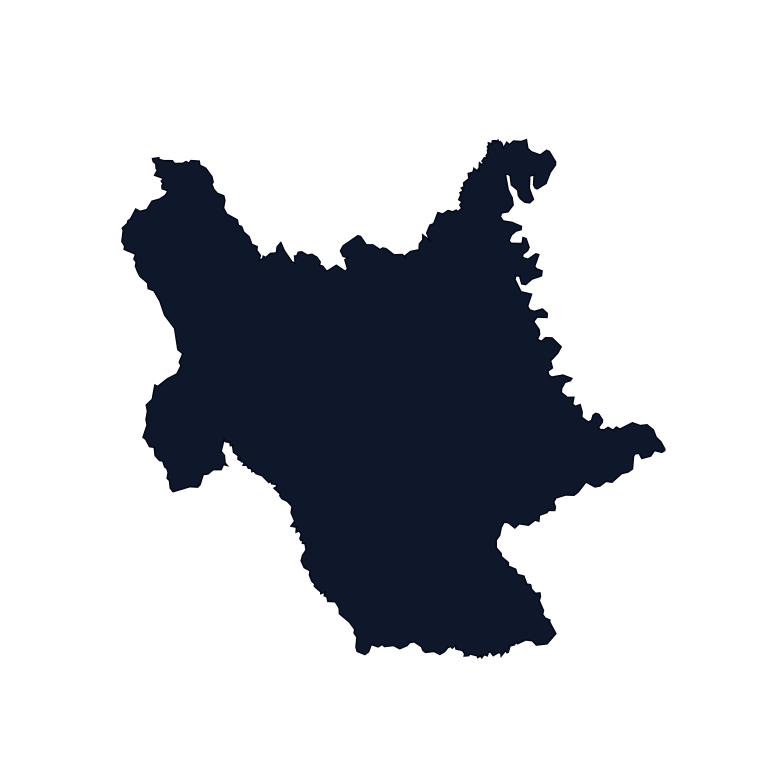 Mae Ramat, Tak, Thailand (Natural Earth projection), rotated 192°
{"feature_id": "78962969B69259908761909", "entity_name": "Mae Ramat", "entity_type": "district", "adm_level": 2, "iso_a3": "THA", "parent_name": "Thailand", "parent_adm1": "Tak", "projection": "natural_earth1", "projection_center": [98.605, 17.061], "detail": "fine", "context": "isolated", "style": "filled", "palette": "ink", "viewbox_px": 768, "rotation_deg": 192, "n_neighbors": 0, "source": "geoboundaries", "source_scale": "gbopen_adm2", "svg_char_len": 6168}
<svg xmlns="http://www.w3.org/2000/svg" viewBox="0 0 768 768"><g transform="rotate(192 384 384)"><path d="M605.6,280.3L600.3,274.0L595.6,274.3L593.0,266.4L587.7,262.5L584.3,262.6L581.4,257.4L578.8,256.2L576.7,252.4L576.5,246.6L573.8,245.0L571.4,237.7L567.9,234.8L552.6,243.2L544.8,244.4L543.0,247.3L542.0,257.9L537.5,259.4L533.3,264.7L525.5,266.4L524.3,271.9L520.4,271.7L523.0,273.7L525.3,281.0L529.3,284.3L528.9,296.6L527.1,294.6L522.6,294.8L521.4,291.7L519.4,292.5L517.0,285.9L511.6,283.5L511.3,280.2L509.5,279.5L509.0,281.1L507.5,278.4L504.2,278.5L504.9,275.2L501.2,276.0L499.3,273.5L496.1,273.6L494.9,270.8L493.3,271.8L490.4,269.7L484.2,269.0L476.2,263.7L474.5,265.4L473.2,263.0L468.6,263.4L467.5,261.4L469.9,259.2L462.4,254.7L462.7,253.1L460.0,250.6L454.2,249.1L448.4,245.0L448.1,238.8L442.9,231.3L445.4,225.6L439.9,225.7L439.2,220.8L436.3,222.6L433.7,219.8L434.1,215.3L432.8,213.7L431.1,214.5L430.7,211.3L428.0,211.4L425.7,205.4L428.0,199.6L428.3,193.8L423.9,187.8L417.5,185.9L417.2,181.6L413.5,176.0L410.2,174.1L410.1,171.6L402.6,167.5L402.2,165.8L398.4,168.2L398.5,164.5L395.5,163.8L393.7,159.7L386.4,160.9L381.3,155.5L379.8,150.0L368.5,144.0L361.6,137.9L361.5,134.2L357.8,130.7L356.7,120.7L354.6,116.9L346.4,115.4L343.4,118.8L342.3,126.6L335.1,125.6L331.6,129.0L329.0,127.3L320.2,130.2L313.6,128.3L307.0,133.0L305.0,136.5L300.9,138.1L292.6,134.8L290.5,131.5L287.6,130.1L279.5,132.8L273.2,131.1L269.0,134.8L266.9,139.3L264.1,141.2L262.4,139.8L259.7,143.0L258.5,139.7L252.0,139.7L249.0,136.9L249.0,134.6L244.5,136.0L244.5,137.8L236.3,137.5L235.4,135.9L233.0,138.1L231.5,136.5L229.8,140.1L226.5,139.6L226.2,142.8L224.5,144.4L220.7,141.0L216.0,145.3L213.7,144.8L212.8,142.2L209.8,148.4L207.7,146.7L206.7,147.5L206.3,154.0L202.3,155.9L201.2,158.7L199.3,157.7L192.2,163.1L185.6,163.7L180.7,160.3L170.4,163.8L164.0,175.6L172.4,185.5L172.7,187.6L177.8,188.6L181.0,191.7L180.9,195.6L187.1,204.3L186.8,208.7L188.1,212.1L192.2,210.7L196.9,213.8L198.9,218.1L202.8,218.0L207.2,225.2L214.0,225.4L216.7,230.2L224.5,231.7L225.2,235.2L233.1,239.4L234.3,242.7L240.1,247.1L241.8,254.6L239.4,260.2L239.5,268.1L237.9,273.7L233.6,274.2L226.1,270.4L222.7,275.4L213.3,275.9L208.0,282.2L204.0,282.0L204.7,287.9L198.0,292.0L196.7,294.6L190.7,295.8L190.7,299.1L193.5,303.8L192.1,308.3L183.3,313.2L175.0,314.7L171.6,318.7L166.1,330.1L156.2,327.2L151.6,329.1L146.6,335.0L140.6,335.3L132.9,345.8L127.1,348.5L123.3,352.6L124.9,365.0L124.0,367.9L120.0,369.2L116.4,364.8L108.2,368.9L105.6,375.2L98.1,374.9L95.6,377.3L95.8,378.8L101.3,385.1L106.7,388.5L111.0,395.1L118.2,398.8L124.7,396.6L132.9,397.7L143.9,388.9L147.8,390.2L150.3,386.4L155.8,388.2L158.8,385.2L162.7,384.3L165.2,386.1L162.5,391.9L162.8,394.2L167.5,399.0L170.9,399.3L173.0,396.9L173.4,391.4L176.4,389.3L183.6,392.5L184.4,398.0L187.9,404.6L192.1,401.9L195.3,403.4L195.5,410.5L201.8,409.0L208.8,412.5L209.3,416.8L207.3,423.2L202.4,426.0L201.4,428.5L210.8,429.9L221.5,425.6L224.6,427.0L226.4,430.6L222.6,434.8L225.9,441.4L220.5,450.2L218.4,457.2L229.1,464.0L235.6,462.9L239.0,458.4L243.3,459.7L242.1,464.7L243.5,469.4L250.6,476.1L248.2,481.3L238.4,483.0L239.0,487.0L244.6,490.3L251.9,486.3L257.0,486.8L259.7,489.9L258.3,502.5L269.2,502.7L277.7,513.6L277.5,517.3L273.7,517.7L270.1,510.6L266.1,510.7L261.2,517.3L252.5,522.5L252.9,527.5L258.8,528.4L261.1,530.4L259.5,542.7L262.5,542.9L269.0,536.0L274.7,536.5L275.2,539.8L271.3,544.3L270.5,547.9L275.3,555.8L278.5,556.1L278.1,550.9L279.1,549.9L289.0,548.0L291.5,550.3L290.3,556.3L286.7,561.0L282.0,563.5L282.3,566.7L292.5,568.7L301.4,568.3L305.0,571.8L304.5,575.9L298.5,578.2L294.9,586.0L297.4,592.8L302.9,599.7L308.6,613.8L307.0,615.1L303.9,614.1L300.8,605.3L293.4,601.3L291.8,596.3L289.0,593.5L283.9,591.1L279.2,591.5L276.2,595.6L282.5,605.5L284.7,617.7L280.6,619.7L279.1,609.9L277.0,607.2L274.7,606.7L267.2,613.9L265.4,625.6L261.8,633.8L262.3,636.9L270.6,645.8L273.6,646.4L278.8,640.5L288.2,641.8L292.3,644.3L295.5,652.6L300.2,649.7L307.8,648.6L311.1,644.2L314.2,646.0L316.2,639.5L318.7,643.8L320.8,645.3L322.0,644.0L323.2,646.2L324.8,644.0L325.1,645.2L328.5,644.4L328.4,641.2L332.7,641.7L331.0,640.7L332.2,637.4L330.6,635.5L331.5,634.4L330.3,631.3L331.5,629.0L330.8,626.3L332.9,626.2L334.5,622.3L332.4,620.8L333.9,618.8L336.6,620.2L335.6,613.1L336.5,613.7L337.0,611.8L340.9,613.7L341.0,609.7L345.4,607.4L343.6,602.5L347.9,597.4L346.8,593.5L349.1,591.8L346.7,589.5L349.5,586.8L348.2,585.1L349.2,579.8L345.6,578.5L347.0,574.8L344.5,572.0L347.6,568.0L349.6,569.1L352.5,566.7L357.4,567.0L361.8,562.4L366.9,562.9L368.7,551.2L372.2,548.8L373.6,540.5L369.2,534.1L377.2,537.9L376.0,533.2L378.5,528.3L377.6,522.6L385.7,519.1L390.1,513.7L389.9,512.1L392.9,514.5L401.1,512.4L410.1,516.8L413.5,516.8L415.8,514.6L423.8,517.8L430.2,516.4L437.6,523.4L440.4,523.6L452.7,510.6L454.3,505.2L450.5,500.3L445.7,500.1L448.1,497.3L443.6,489.0L445.3,486.1L455.3,490.2L463.4,482.3L468.4,486.5L471.8,486.8L471.8,490.2L475.9,494.0L481.5,495.9L485.7,494.1L491.9,496.2L495.2,495.1L496.0,491.1L498.1,490.6L496.1,484.0L499.2,484.2L509.3,493.8L514.3,500.9L517.0,496.0L516.6,489.8L522.3,488.1L525.9,483.2L528.7,483.9L528.7,481.2L531.9,479.2L531.7,484.2L536.2,488.2L536.6,492.0L542.3,493.1L546.6,500.0L552.7,503.4L556.0,508.4L559.4,508.9L561.7,514.1L573.1,517.5L577.6,522.8L577.8,530.5L579.8,534.7L586.8,535.9L590.8,539.0L594.0,543.6L593.1,546.0L595.5,551.1L603.2,558.0L609.6,559.7L611.1,563.6L619.3,562.4L620.9,559.5L624.0,560.4L626.6,558.0L634.7,556.1L637.4,558.4L645.7,556.7L650.7,556.9L651.3,558.5L657.3,556.3L655.9,553.5L653.0,552.1L651.7,547.4L650.1,546.2L651.8,540.5L642.1,539.1L644.1,536.2L641.5,533.8L642.6,532.0L641.6,528.8L635.9,528.2L635.9,526.3L637.2,523.0L642.0,518.2L649.0,514.5L652.2,505.3L658.6,502.1L663.2,503.5L666.2,492.9L668.5,490.2L668.3,487.8L672.4,482.1L671.0,479.9L670.0,468.9L666.3,464.9L666.2,461.7L654.0,459.3L654.6,454.2L651.7,451.6L651.7,447.7L648.5,442.8L645.1,438.6L636.2,433.7L634.5,428.3L628.5,427.4L620.4,418.4L613.0,405.9L600.4,394.9L592.8,374.8L587.1,371.8L588.8,362.8L586.4,359.7L588.7,350.8L597.0,344.0L604.8,334.6L607.9,335.3L607.5,320.8L612.2,314.0L609.7,308.1L609.4,299.7L607.2,294.6L608.6,281.8L605.6,280.3Z" fill="#0f172a" stroke="#020617" stroke-width="1.5"/></g></svg>